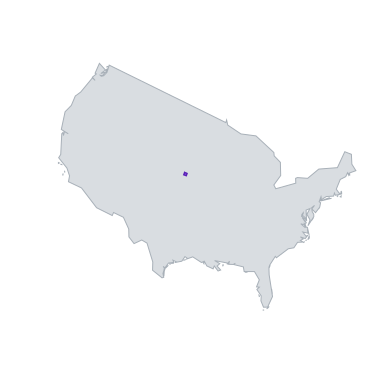 Phelps, Nebraska, United States of America shown in context, rotated 20°
{"feature_id": "52423323B18831835736879", "entity_name": "Phelps", "entity_type": "district", "adm_level": 2, "iso_a3": "USA", "parent_name": "United States of America", "parent_adm1": "Nebraska", "projection": "orthographic", "projection_center": [-99.415, 40.518], "detail": "fine", "context": "in_parent", "style": "filled", "palette": "violet", "viewbox_px": 384, "rotation_deg": 20, "n_neighbors": 0, "source": "geoboundaries", "source_scale": "gbopen_adm2", "svg_char_len": 3961}
<svg xmlns="http://www.w3.org/2000/svg" viewBox="0 0 384 384"><g transform="rotate(20 192 192)"><path d="M303.3,127.1L320.3,119.4L321.8,101.9L328.9,102.1L332.7,111.2L338.7,115.9L333.1,120.6L333.4,122.5L331.6,120.7L331.2,125.0L327.0,129.5L326.6,140.0L330.9,142.9L332.7,141.7L331.6,140.1L332.5,140.7L333.3,142.6L327.9,146.0L326.2,144.3L326.5,147.4L319.8,150.3L315.7,155.7L315.6,153.4L314.8,152.2L314.8,157.7L316.5,158.1L317.2,162.6L315.1,169.2L310.4,166.9L311.7,162.7L309.8,165.9L311.8,169.5L314.0,171.2L314.9,173.6L312.5,184.0L312.5,177.9L307.6,173.6L308.5,167.2L305.4,170.0L308.7,178.0L304.6,176.4L303.4,177.0L303.9,174.1L303.6,173.3L302.9,175.7L303.3,177.4L309.4,179.2L308.6,181.0L305.5,178.8L304.5,178.5L308.3,181.2L309.8,181.6L309.5,183.9L307.5,182.7L310.8,185.2L310.3,185.8L308.6,184.5L305.1,184.6L310.0,186.6L312.5,185.7L317.0,192.7L313.3,187.5L314.9,191.1L309.8,191.7L314.2,194.5L315.7,192.9L314.3,197.0L309.2,197.1L312.5,198.1L310.4,200.5L313.6,201.0L308.4,203.2L306.8,209.6L301.9,212.4L293.8,224.9L292.3,224.0L290.0,234.2L290.1,236.6L292.8,243.4L303.4,262.7L302.4,274.3L298.6,275.8L294.0,270.7L292.6,266.0L286.3,261.4L287.8,258.4L285.1,259.1L285.3,251.5L277.9,245.4L268.2,248.9L265.9,244.8L256.0,245.9L257.1,244.1L255.5,246.0L251.2,247.4L250.8,244.1L250.3,246.5L236.7,248.7L242.6,249.8L240.9,253.0L245.6,255.5L243.5,257.3L238.2,253.9L238.1,257.0L231.2,256.4L227.2,252.8L225.0,255.0L214.9,252.7L209.3,257.3L210.7,256.0L207.5,255.1L206.1,260.5L200.1,264.1L201.5,263.0L197.4,262.6L198.9,264.4L194.2,266.8L192.5,272.6L190.4,271.7L192.2,273.3L192.6,278.6L194.6,281.8L193.2,282.9L181.7,279.0L179.1,271.2L167.2,255.4L161.2,254.3L155.2,260.3L148.1,255.8L145.2,248.4L136.2,239.2L125.3,238.1L125.1,241.4L107.7,239.4L86.8,226.0L72.4,224.6L71.4,218.7L66.3,212.3L55.0,205.4L55.8,201.6L49.7,181.8L50.4,180.1L51.9,182.9L51.5,178.8L55.8,179.6L47.8,177.9L45.3,160.0L49.0,151.9L49.5,141.7L53.2,136.2L59.4,118.8L62.8,120.3L59.1,118.2L61.7,113.8L60.3,113.5L61.0,102.8L69.0,107.0L65.8,111.8L69.7,108.9L68.1,113.2L65.8,113.7L67.2,114.3L69.3,112.9L71.2,108.6L70.8,101.1L200.0,115.2L199.9,112.5L202.7,116.9L218.1,120.7L232.9,117.4L255.4,126.9L256.9,130.0L264.9,133.9L269.7,146.2L266.5,157.4L269.6,160.3L286.5,148.2L284.7,143.7L286.1,142.4L296.0,139.6L303.3,127.1ZM322.5,151.7L325.3,150.2L315.7,156.6L323.3,150.2L322.5,151.7ZM70.2,105.5L70.6,108.6L70.4,109.0L69.4,106.5L70.2,105.5ZM194.4,280.8L192.8,276.2L192.9,273.5L193.1,276.3L194.4,280.8ZM333.9,120.7L334.4,122.2L333.8,122.0L333.9,120.7ZM227.4,254.2L227.7,255.3L226.6,254.5L227.4,254.2ZM58.8,210.9L60.3,210.6L60.4,210.8L58.8,210.9ZM57.4,210.1L56.7,210.8L56.4,210.0L57.4,210.1ZM330.7,145.3L330.1,146.5L329.9,146.3L330.7,145.3ZM193.7,271.1L192.9,273.2L194.9,269.0L193.7,271.1ZM300.2,256.3L302.3,260.1L299.9,256.0L300.2,256.3ZM65.3,216.1L65.8,217.3L65.2,216.1L65.3,216.1ZM303.1,274.8L302.1,276.3L303.7,273.2L303.1,274.8ZM318.0,195.2L317.1,197.2L317.2,193.0L318.0,195.2ZM69.8,102.9L69.5,103.7L69.2,103.2L69.8,102.9ZM199.0,265.2L196.8,266.3L199.0,264.9L199.0,265.2ZM333.5,144.7L333.8,145.8L332.9,145.8L333.5,144.7ZM64.7,219.2L65.0,220.7L64.5,219.3L64.7,219.2ZM196.3,267.1L195.4,267.6L196.1,266.8L196.3,267.1ZM314.8,175.5L314.1,178.0L314.8,174.6L314.8,175.5ZM208.6,258.3L207.2,259.2L209.2,257.6L208.6,258.3ZM290.5,235.3L290.5,237.1L290.1,235.9L290.5,235.3ZM314.2,201.2L313.8,201.6L314.8,200.0L314.2,201.2ZM271.7,247.9L270.1,249.1L269.5,249.0L271.7,247.9ZM250.5,247.1L250.2,247.5L249.2,247.5L250.5,247.1ZM290.8,266.5L291.2,267.6L290.4,266.3L290.8,266.5ZM246.4,250.1L246.2,251.3L245.9,249.3L246.4,250.1ZM299.7,278.5L298.8,278.8L300.1,278.2L299.7,278.5ZM317.1,163.4L316.8,164.7L317.1,162.9L317.1,163.4ZM316.3,197.8L315.8,198.3L315.7,198.3L316.3,197.8Z" fill="#d9dde1" stroke="#a8b0b8" stroke-width="1"/><path d="M181.0,176.3L180.6,176.3L180.3,176.3L180.2,176.2L179.9,176.3L179.7,176.2L179.1,176.2L178.8,176.2L178.4,176.1L178.4,178.6L178.5,178.6L181.0,178.6L181.0,176.3Z" fill="#8b5cf6" stroke="#5b21b6" stroke-width="1.5"/></g></svg>